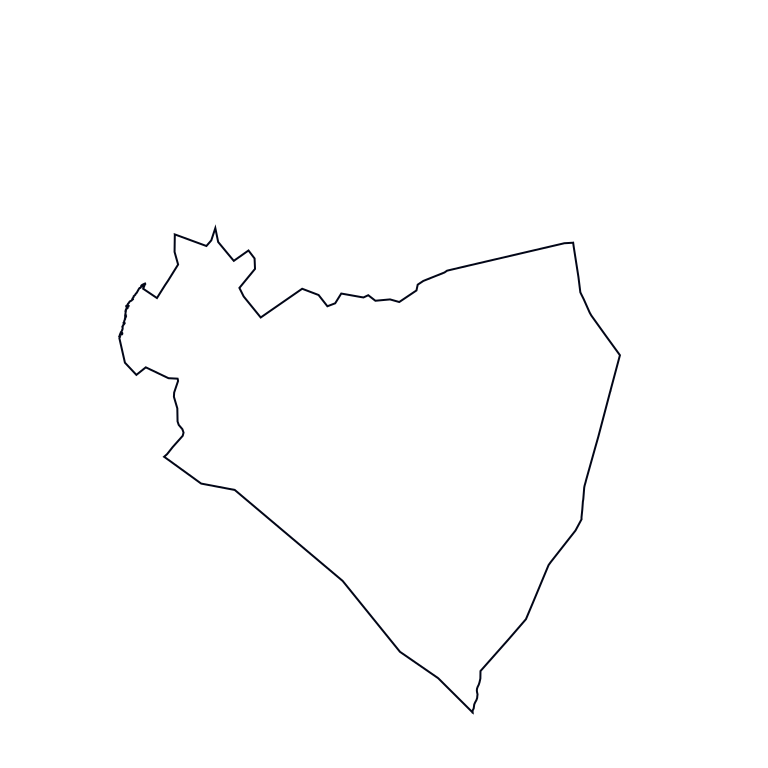 Al Ganab, Red Sea, Sudan, rotated 214°
{"feature_id": "16777658B97228063474151", "entity_name": "Al Ganab", "entity_type": "district", "adm_level": 2, "iso_a3": "SDN", "parent_name": "Sudan", "parent_adm1": "Red Sea", "projection": "robinson", "projection_center": [36.252, 19.345], "detail": "fine", "context": "isolated", "style": "outline", "palette": "ink", "viewbox_px": 768, "rotation_deg": 214, "n_neighbors": 0, "source": "geoboundaries", "source_scale": "gbopen_adm2", "svg_char_len": 3490}
<svg xmlns="http://www.w3.org/2000/svg" viewBox="0 0 768 768"><g transform="rotate(214 384 384)"><path d="M192.4,504.7L204.5,539.8L227.0,548.0L250.4,556.7L253.4,558.2L265.7,565.9L270.8,568.8L272.5,569.8L282.7,581.5L303.5,603.9L306.2,606.9L306.3,606.8L313.4,601.4L313.7,601.0L380.6,528.9L391.6,517.0L395.1,513.2L396.2,510.3L409.0,491.5L411.6,485.2L409.4,479.7L417.2,460.5L426.3,457.5L437.7,448.2L446.7,448.8L449.4,444.3L451.5,443.3L470.0,435.1L470.0,434.3L469.6,423.6L474.4,416.8L488.0,421.2L505.1,417.2L523.4,370.2L549.3,378.1L557.6,382.8L556.4,395.7L555.3,407.3L561.5,415.7L571.0,418.9L577.4,402.1L585.7,404.5L600.9,409.0L611.0,418.9L607.5,406.5L608.4,399.1L640.0,391.3L641.1,391.0L640.7,390.5L640.2,389.7L631.5,376.4L621.5,367.9L620.8,348.9L620.8,345.0L620.8,343.7L620.4,331.1L620.3,328.3L636.9,328.3L637.3,330.1L637.4,329.9L637.9,329.8L638.3,330.2L638.5,331.2L638.2,331.7L637.8,333.3L638.2,333.7L638.6,333.3L639.0,332.5L639.6,331.5L640.0,330.7L640.2,329.8L640.0,329.4L639.9,328.8L640.0,328.5L639.7,329.3L639.7,327.5L640.3,327.0L640.4,326.0L640.0,321.2L640.3,320.1L640.1,318.9L640.3,318.0L640.6,316.7L640.2,316.0L640.2,315.1L640.3,314.5L640.2,313.9L639.7,313.9L639.1,314.5L639.3,314.1L639.7,313.6L640.0,311.9L640.8,310.6L641.0,309.7L640.9,309.2L640.9,308.5L641.1,307.5L641.0,306.7L640.5,306.0L640.8,305.5L641.2,305.1L641.3,304.4L640.9,304.1L640.8,304.4L640.6,305.3L640.3,304.8L640.0,305.3L639.9,306.0L639.4,306.0L639.2,305.3L639.5,304.9L639.8,304.9L639.9,303.9L639.6,303.9L639.5,303.6L639.1,303.5L639.2,302.9L639.5,302.4L639.7,301.7L639.6,301.3L639.2,300.9L638.9,300.3L639.2,300.2L639.1,299.8L638.7,299.7L637.9,298.2L637.1,296.5L636.9,296.7L636.5,296.7L636.5,296.0L635.7,295.8L635.6,295.4L636.0,295.3L636.2,295.1L635.7,294.3L635.6,294.0L635.5,293.6L635.1,293.5L634.9,293.0L634.9,292.4L634.8,292.1L634.8,291.8L634.7,291.5L634.5,290.8L634.3,290.4L634.1,289.9L634.2,289.2L633.8,288.9L633.5,288.6L633.4,288.5L633.4,289.1L633.4,289.4L633.3,289.6L633.0,289.4L632.9,289.2L632.6,288.6L632.3,288.6L632.7,288.4L632.9,288.3L633.0,288.1L633.4,288.0L633.1,287.3L633.1,286.9L633.0,286.3L633.0,285.8L632.8,285.6L632.9,285.1L632.7,284.9L632.2,284.6L631.8,284.0L631.7,283.8L631.4,283.2L631.4,282.6L631.1,282.2L631.0,281.3L631.1,279.7L630.9,279.1L630.8,278.7L630.6,279.1L630.3,279.1L629.9,279.0L629.4,279.7L629.1,279.4L629.2,279.1L629.0,278.8L629.1,278.4L629.3,278.4L629.6,278.7L630.2,278.7L630.6,278.4L630.6,278.1L630.7,277.5L630.3,276.8L630.2,276.2L630.1,276.3L629.8,276.2L629.5,275.4L629.3,275.3L629.2,275.3L629.2,274.8L629.2,274.4L629.1,274.1L610.7,256.8L594.4,253.1L590.8,264.6L565.9,268.3L558.1,273.0L557.5,272.5L556.4,271.3L553.2,259.6L551.0,255.9L541.7,248.2L534.2,237.5L531.3,235.3L525.9,233.8L523.0,231.6L521.9,228.5L523.9,213.7L524.6,204.5L525.6,200.7L524.9,200.7L479.9,199.2L448.5,212.7L374.2,204.7L354.7,202.6L308.1,197.6L221.0,170.9L174.6,170.4L141.2,164.0L127.1,161.3L126.9,161.1L126.7,161.1L127.9,162.6L128.2,165.1L128.9,166.6L129.5,167.8L130.0,168.8L130.4,171.0L130.6,173.5L131.2,175.8L132.1,177.4L132.9,179.0L134.7,180.7L135.7,181.9L136.5,183.4L137.0,185.3L137.3,187.7L138.0,190.1L139.4,193.7L142.2,198.0L142.8,198.9L143.5,200.0L138.0,241.6L134.8,268.4L138.2,285.7L146.3,325.9L146.2,329.4L144.0,360.1L143.3,369.6L143.6,372.5L144.5,381.6L144.6,382.4L145.1,383.0L145.7,383.9L149.5,391.0L153.4,397.8L154.1,399.4L154.9,400.9L160.1,410.1L160.9,412.0L162.2,416.0L162.4,416.4L173.1,448.7L176.8,460.0L192.2,504.1L192.3,504.7L192.4,504.7Z" fill="none" stroke="#020617" stroke-width="2"/></g></svg>